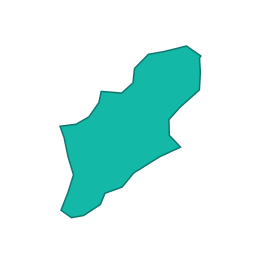 the district of Kumla, Orebro, Sweden, rotated 150°
{"feature_id": "70781695B57717414810507", "entity_name": "Kumla", "entity_type": "district", "adm_level": 2, "iso_a3": "SWE", "parent_name": "Sweden", "parent_adm1": "Orebro", "projection": "orthographic", "projection_center": [15.16, 59.145], "detail": "fine", "context": "isolated", "style": "filled", "palette": "teal", "viewbox_px": 256, "rotation_deg": 150, "n_neighbors": 0, "source": "geoboundaries", "source_scale": "gbopen_adm2", "svg_char_len": 544}
<svg xmlns="http://www.w3.org/2000/svg" viewBox="0 0 256 256"><g transform="rotate(150 128 128)"><path d="M28.9,153.9L36.4,169.8L58.6,176.2L73.5,181.6L92.6,176.3L101.1,164.6L116.0,161.4L132.9,173.1L140.4,164.6L156.3,157.2L171.1,157.2L186.0,163.5L188.1,151.8L194.4,132.7L198.6,114.7L212.4,102.0L227.1,90.3L226.8,89.5L221.8,78.6L210.2,74.4L190.1,75.6L180.6,83.0L162.6,79.8L145.6,86.2L114.9,87.3L92.1,85.2L95.9,101.0L88.4,114.8L72.5,120.0L47.1,125.3L37.5,140.1L31.1,152.8L28.9,153.9Z" fill="#14b8a6" stroke="#0f766e" stroke-width="1.5"/></g></svg>